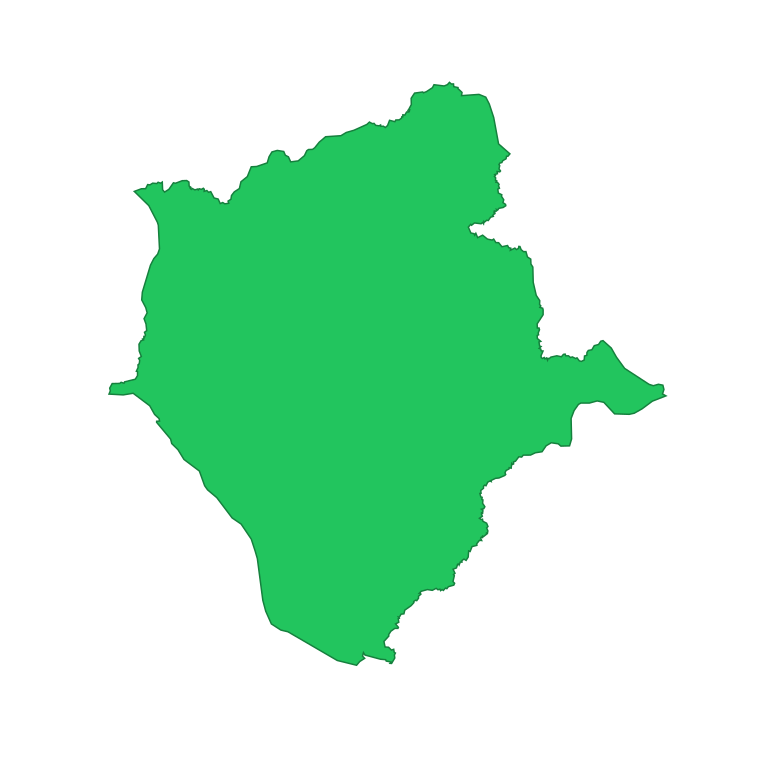 the district of Chanuman, Amnat Charoen, Thailand, rotated 161°
{"feature_id": "78962969B71336956115942", "entity_name": "Chanuman", "entity_type": "district", "adm_level": 2, "iso_a3": "THA", "parent_name": "Thailand", "parent_adm1": "Amnat Charoen", "projection": "mercator", "projection_center": [104.897, 16.141], "detail": "fine", "context": "isolated", "style": "filled", "palette": "green", "viewbox_px": 768, "rotation_deg": 161, "n_neighbors": 0, "source": "geoboundaries", "source_scale": "gbopen_adm2", "svg_char_len": 6171}
<svg xmlns="http://www.w3.org/2000/svg" viewBox="0 0 768 768"><g transform="rotate(161 384 384)"><path d="M501.5,127.0L497.3,129.5L491.6,130.9L492.9,133.6L490.9,136.7L490.2,133.9L476.9,124.9L472.2,122.8L472.1,121.3L467.8,118.8L469.2,117.9L467.8,117.3L463.0,121.4L462.4,124.4L460.8,125.9L461.7,127.0L461.2,130.0L463.6,130.0L465.4,133.6L468.6,135.0L467.9,140.6L461.5,144.1L461.2,145.5L458.0,148.0L453.4,149.4L450.4,148.4L449.6,149.2L451.2,153.4L447.6,153.9L446.9,157.6L445.9,157.5L446.2,159.0L445.5,158.5L442.8,160.8L440.0,160.2L438.0,163.4L430.5,165.6L426.9,167.6L426.7,168.7L424.6,169.3L423.6,168.5L421.1,170.2L420.5,172.1L417.6,173.2L417.6,174.5L418.6,174.7L416.5,175.9L409.9,175.5L405.5,173.2L401.2,173.8L400.0,171.9L397.9,171.8L397.8,170.2L396.0,170.7L395.1,169.5L392.4,171.0L391.2,170.0L389.1,171.4L383.5,171.1L382.1,172.6L383.1,174.7L379.9,179.9L380.3,181.2L378.5,181.9L379.0,186.4L375.4,186.5L373.1,189.6L372.0,189.5L371.9,188.4L369.8,190.8L368.3,190.2L367.8,191.7L365.4,192.4L363.8,190.5L360.7,193.0L358.3,198.6L357.1,197.6L353.7,201.6L348.7,201.2L348.3,202.8L344.6,205.1L342.6,204.2L342.8,206.8L341.8,207.5L340.9,206.8L340.3,208.0L339.7,207.3L336.2,208.5L335.6,209.7L334.9,209.0L333.6,211.3L333.8,214.5L332.1,215.4L332.3,219.0L335.2,222.0L334.9,224.1L336.3,224.2L337.5,226.0L334.1,226.9L334.2,229.4L333.0,229.7L333.4,230.5L332.3,230.7L331.6,232.5L332.6,233.9L330.2,233.7L328.6,235.1L329.6,239.1L328.2,242.2L329.1,242.9L328.1,244.9L329.2,245.7L329.0,249.3L327.8,249.1L327.2,251.8L323.9,253.0L323.2,254.9L321.8,255.6L320.7,254.6L317.9,257.4L315.4,257.8L314.4,256.9L314.3,257.9L309.2,258.5L305.9,257.7L299.6,258.2L298.4,258.8L298.5,260.7L296.7,262.5L293.4,263.0L292.9,264.1L291.2,263.0L289.1,267.2L288.7,266.1L287.5,266.2L286.9,268.2L284.8,268.2L280.2,271.3L277.6,270.1L275.5,271.4L268.6,269.1L263.3,269.7L256.6,268.5L250.8,272.8L245.0,274.0L238.7,270.7L237.0,267.7L228.7,265.1L224.5,271.0L218.3,290.5L212.9,297.0L206.8,301.4L204.1,301.9L196.0,299.1L188.0,298.6L182.1,295.1L175.7,280.7L162.0,275.5L156.9,274.9L148.1,276.5L135.8,280.4L121.3,281.0L123.9,283.9L121.1,287.7L120.7,292.1L124.6,294.4L129.9,294.7L133.5,297.4L151.4,320.4L155.5,333.8L157.4,344.0L162.8,353.7L165.1,353.9L168.3,351.5L172.7,351.8L176.3,348.7L179.9,349.2L181.8,347.8L182.9,345.1L185.3,345.2L186.9,341.5L190.0,341.1L191.8,342.3L193.0,345.9L194.5,345.7L197.1,348.3L199.0,348.3L200.4,350.6L203.0,351.5L203.0,353.3L204.7,353.6L207.4,352.0L211.4,354.4L217.5,355.1L219.6,354.2L220.6,354.9L221.6,353.3L221.9,355.7L223.7,355.4L223.9,356.9L225.7,356.5L226.7,357.7L226.4,359.5L222.9,363.4L224.6,364.2L224.4,366.0L225.7,367.2L223.3,368.3L224.5,369.3L223.8,373.3L221.9,373.3L224.2,377.1L223.4,380.0L221.8,380.2L221.6,382.0L219.3,384.7L219.2,386.5L220.8,387.0L219.6,391.0L211.0,397.7L209.4,402.3L209.3,404.0L211.7,405.7L210.3,406.8L211.0,408.6L209.6,412.1L211.2,418.2L209.8,431.6L205.2,446.1L206.0,449.6L204.6,454.3L207.0,457.4L206.7,463.0L209.0,463.7L210.6,466.4L210.7,469.7L211.7,470.2L212.8,468.4L215.0,468.0L216.0,469.9L221.0,469.3L219.9,471.1L221.7,472.3L222.1,474.7L227.8,475.4L229.6,480.3L232.2,481.3L233.1,485.3L234.9,484.9L239.0,487.3L242.3,492.6L247.8,491.9L248.1,496.6L249.8,495.2L249.9,496.8L252.7,498.5L253.2,504.9L250.0,506.7L249.5,505.6L246.0,506.8L240.0,503.9L238.1,504.6L237.7,503.1L236.7,505.0L236.5,504.3L233.5,505.4L232.2,504.6L228.9,507.0L226.1,506.9L226.4,508.0L224.5,508.8L224.1,510.3L223.5,509.6L223.2,511.6L221.8,510.9L220.4,511.4L220.7,512.4L219.5,511.7L218.2,512.7L213.9,512.1L210.8,512.9L210.6,514.3L212.5,516.8L210.8,519.2L211.8,523.2L211.0,524.6L213.7,527.3L213.0,531.2L211.1,531.5L211.2,534.2L210.2,535.3L211.1,537.8L212.4,538.3L211.3,539.4L212.3,540.2L211.3,542.7L212.0,544.3L210.7,545.0L211.1,546.0L208.3,545.9L207.9,548.1L205.5,546.9L204.5,547.5L205.2,550.0L203.5,552.8L203.9,554.0L202.5,555.2L200.5,555.0L199.0,556.5L195.3,557.2L194.0,559.4L192.7,559.0L190.0,560.6L197.5,573.7L193.5,600.3L193.3,614.4L194.4,622.1L199.9,626.9L216.8,631.4L215.3,634.3L217.9,639.2L217.5,640.2L221.2,642.4L220.6,645.1L222.6,645.7L223.9,647.9L226.6,646.4L230.1,646.2L239.3,650.7L241.7,648.4L248.8,646.6L251.9,646.5L252.3,647.5L260.4,649.1L265.3,645.3L267.2,639.3L271.3,635.5L270.4,635.0L271.4,633.4L272.4,634.4L272.6,633.3L274.1,633.8L276.7,631.5L278.5,632.4L279.3,630.5L280.1,630.9L281.0,629.6L283.6,628.8L286.9,629.8L288.3,628.5L292.9,631.5L296.5,627.2L299.3,626.1L300.6,627.9L303.1,628.7L302.9,630.0L304.6,629.7L307.7,631.3L308.5,633.6L310.3,634.0L312.5,636.4L315.7,635.0L329.8,633.7L337.8,634.1L343.9,632.8L358.7,636.8L366.4,633.8L372.6,629.9L375.2,629.1L379.1,630.3L381.1,629.7L384.9,625.8L392.5,622.9L399.9,624.4L400.4,629.9L402.8,632.4L403.1,636.5L408.9,639.6L414.4,639.9L418.7,636.3L422.4,631.1L433.5,631.1L438.8,632.6L445.7,624.6L453.4,621.8L457.1,615.9L463.0,614.4L466.8,611.9L468.6,608.5L471.9,607.7L472.0,605.4L475.9,606.2L477.4,608.1L480.1,607.9L480.6,612.9L484.1,615.2L485.2,622.3L487.5,622.4L488.5,624.6L491.3,624.7L490.5,626.6L491.1,627.9L493.3,627.5L495.2,628.8L496.5,628.0L496.8,629.0L499.6,629.1L501.7,631.3L502.9,630.8L503.6,632.6L502.6,632.9L503.8,634.6L502.7,638.5L504.3,640.6L508.6,641.9L515.8,641.7L517.6,642.8L524.0,638.1L529.0,636.9L530.1,639.7L527.9,647.1L529.9,646.6L531.9,648.3L533.5,647.5L537.3,649.2L540.5,648.5L542.5,649.5L545.8,646.3L549.8,647.6L557.4,647.4L548.3,629.2L545.6,610.8L545.7,607.6L552.3,584.8L555.7,580.5L560.8,577.5L566.1,572.4L582.6,549.5L585.7,542.4L584.4,533.7L584.8,528.4L589.6,523.9L589.5,518.2L591.0,511.7L593.6,510.9L593.6,508.0L595.0,506.5L595.6,507.0L596.3,505.0L597.5,505.1L597.1,504.0L599.6,504.0L602.7,501.4L604.7,494.9L604.5,489.0L607.7,488.1L607.3,485.9L608.8,482.9L610.4,482.2L611.1,479.7L614.0,476.7L613.0,476.0L614.3,472.2L617.6,469.5L628.5,470.5L629.6,469.4L632.0,471.2L633.7,470.6L640.9,472.9L644.7,469.4L645.0,466.6L647.3,464.0L634.1,458.6L624.2,456.9L612.6,439.7L610.8,429.9L607.9,424.5L608.3,422.0L611.1,422.8L611.5,421.8L603.7,401.4L604.1,396.8L600.2,389.0L597.7,377.8L586.9,361.8L586.7,346.2L585.3,341.4L579.1,331.0L571.2,306.8L564.7,298.1L560.0,280.6L560.2,268.0L560.6,260.1L569.0,218.9L569.8,207.7L568.6,193.8L561.6,184.9L555.5,181.0L518.2,137.8L501.5,127.0Z" fill="#22c55e" stroke="#15803d" stroke-width="1.5"/></g></svg>